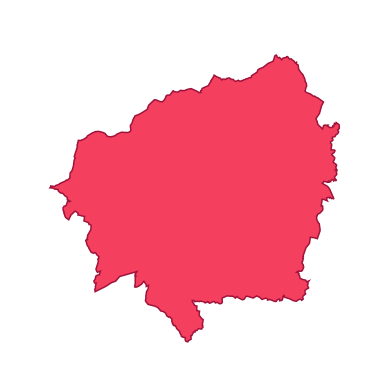 Acatic, Jalisco, Mexico, rotated 9°
{"feature_id": "50627088B27776159649356", "entity_name": "Acatic", "entity_type": "district", "adm_level": 2, "iso_a3": "MEX", "parent_name": "Mexico", "parent_adm1": "Jalisco", "projection": "natural_earth1", "projection_center": [-102.897, 20.769], "detail": "fine", "context": "isolated", "style": "filled", "palette": "rose", "viewbox_px": 384, "rotation_deg": 9, "n_neighbors": 0, "source": "geoboundaries", "source_scale": "gbopen_adm2", "svg_char_len": 6001}
<svg xmlns="http://www.w3.org/2000/svg" viewBox="0 0 384 384"><g transform="rotate(9 192 192)"><path d="M211.2,340.7L212.1,339.1L214.2,337.5L213.3,334.2L214.2,334.0L215.4,330.3L217.0,329.7L216.8,328.3L218.6,328.0L219.8,325.9L222.9,325.9L223.3,324.7L223.9,324.1L223.5,322.1L223.0,322.0L223.0,316.3L221.5,315.6L218.2,312.5L218.1,308.5L215.5,308.5L214.8,305.7L214.7,303.9L212.6,303.7L209.7,300.4L209.2,299.2L210.9,298.8L211.7,299.9L214.9,299.0L216.3,299.1L217.7,298.5L220.9,298.6L221.8,299.3L222.7,299.4L224.7,297.7L225.3,297.9L225.3,298.5L226.9,299.1L230.4,296.8L231.3,296.7L232.4,297.9L234.1,297.1L236.9,298.1L238.6,297.4L239.2,296.3L238.3,292.1L242.7,289.2L249.0,288.6L251.5,290.0L251.9,289.5L252.2,288.4L252.7,288.2L254.2,289.2L258.7,290.6L260.3,289.8L261.5,287.0L262.3,286.3L269.1,287.1L272.1,284.5L275.7,285.6L277.9,287.2L281.4,285.3L283.5,285.9L283.6,286.9L285.9,286.0L291.3,287.2L292.5,286.7L292.8,285.4L294.9,284.0L295.5,284.3L295.6,285.7L297.7,285.0L298.2,283.8L298.2,280.8L299.0,279.8L299.7,281.4L305.2,282.2L309.2,283.5L312.1,283.6L314.5,281.3L316.2,281.0L317.3,281.8L318.6,280.3L317.8,278.7L317.9,277.5L320.2,274.8L319.4,274.1L319.0,271.7L320.2,270.1L322.1,268.8L322.1,268.3L320.6,266.2L321.0,264.3L320.6,263.0L321.4,261.5L319.3,262.8L318.1,261.3L314.7,261.1L312.2,260.3L311.2,257.6L310.1,256.9L310.4,255.6L309.1,254.8L308.0,254.9L309.1,253.6L312.5,253.1L313.3,252.2L314.1,248.7L313.2,246.5L311.7,245.0L312.3,241.6L311.9,240.4L312.3,240.2L311.7,238.6L312.1,238.3L311.8,237.3L313.3,229.1L315.1,226.2L316.1,223.8L315.9,218.3L319.9,218.0L323.1,218.5L324.5,210.6L324.4,209.1L322.6,203.3L321.9,203.0L319.5,199.6L318.8,196.4L319.4,196.0L319.5,194.5L321.7,192.8L323.8,189.7L323.9,188.2L323.1,185.3L321.8,185.6L321.7,178.8L323.4,178.7L327.1,179.6L326.2,178.3L325.9,176.7L328.4,175.8L328.9,176.4L329.6,175.8L330.8,176.7L332.0,176.3L332.9,176.5L333.0,176.2L327.4,167.5L325.1,165.3L319.3,163.0L320.9,160.7L322.0,161.0L324.0,160.8L324.1,161.3L325.8,160.9L325.6,159.8L327.3,160.2L327.5,158.7L328.6,157.8L329.3,157.7L330.1,159.0L331.1,158.1L332.3,158.3L332.7,157.7L330.6,155.8L330.6,154.5L332.2,152.1L332.0,150.9L331.1,149.1L331.8,148.5L331.8,147.5L330.6,147.5L331.1,147.2L330.0,144.5L330.7,143.7L330.7,143.1L330.1,142.2L327.0,140.7L326.8,140.0L327.6,137.5L327.6,135.8L324.2,133.2L324.8,132.1L326.2,130.9L326.8,128.8L326.3,128.3L322.7,128.5L322.6,123.6L322.4,122.8L321.5,122.4L320.9,121.0L323.0,119.0L322.9,117.8L321.9,116.8L322.0,116.0L324.6,114.9L325.2,113.0L326.7,111.7L327.2,110.6L327.4,109.5L326.1,108.0L327.5,106.3L327.3,104.4L326.7,102.5L323.5,100.8L323.2,102.5L321.9,101.9L321.8,104.6L321.1,104.4L320.7,104.8L320.9,106.1L318.3,106.8L315.5,105.7L316.0,104.7L312.2,105.3L311.7,105.7L311.0,109.2L305.7,105.6L304.6,102.8L302.9,100.3L305.6,94.5L306.5,86.5L307.8,82.6L301.4,79.3L299.8,79.0L298.1,78.1L297.2,78.5L293.5,76.6L289.5,75.9L287.9,74.7L288.2,70.9L288.7,69.3L287.8,66.6L286.8,65.6L285.6,62.5L283.1,58.7L280.7,56.8L278.2,54.1L276.9,49.9L275.3,49.4L274.9,47.5L273.9,48.4L271.8,46.4L270.5,46.0L269.3,45.0L267.4,45.4L265.2,43.3L264.2,43.6L263.9,44.4L260.9,45.5L259.9,47.4L257.4,45.4L256.4,46.0L255.3,45.5L254.0,43.6L252.8,44.1L252.3,45.5L252.2,47.6L251.5,50.4L247.1,53.0L242.9,57.6L239.0,60.0L237.9,61.2L237.5,63.5L232.6,67.8L232.5,69.6L229.9,70.6L228.7,71.6L227.6,71.8L226.8,72.6L225.2,73.3L224.6,74.2L223.8,74.1L222.2,75.2L220.3,74.4L217.8,75.9L216.4,75.5L215.2,74.3L213.7,74.7L211.0,73.5L208.5,74.4L207.5,75.7L207.0,75.4L204.8,75.6L204.0,76.7L202.2,75.2L198.3,74.3L195.6,73.1L194.8,75.9L193.2,79.3L193.5,79.6L192.5,81.5L191.5,84.4L185.8,88.1L185.6,89.9L184.8,90.5L185.2,92.4L183.8,92.3L183.4,92.8L181.2,91.7L175.0,90.0L171.5,91.3L168.4,93.2L164.7,93.4L162.4,95.6L159.2,95.7L157.5,95.0L154.9,99.8L152.6,100.1L151.6,100.8L150.5,105.0L148.6,107.6L145.8,107.6L142.3,106.7L140.4,106.8L136.0,112.5L135.3,114.4L135.0,117.0L134.2,118.0L128.3,123.1L123.8,125.8L122.5,129.5L121.9,133.6L120.8,135.6L120.9,137.2L121.9,139.9L121.7,141.7L119.5,143.3L112.9,144.0L108.8,146.6L106.7,148.8L102.8,150.3L99.6,150.2L97.0,147.8L94.6,147.1L90.3,146.7L87.3,147.4L83.7,149.7L79.9,153.0L79.5,154.3L77.2,156.6L73.5,158.7L71.7,158.7L71.2,164.3L71.7,165.3L70.2,175.1L70.2,175.7L71.3,176.3L70.6,179.2L70.8,185.1L70.1,189.8L68.7,192.1L69.1,197.3L67.0,199.9L66.0,199.9L64.8,201.3L59.8,204.5L59.4,205.4L56.5,206.8L55.4,208.1L51.6,208.1L51.7,208.8L51.0,210.1L53.0,210.0L53.3,209.7L56.1,210.6L59.3,210.4L59.6,211.7L62.1,213.5L64.5,213.5L67.2,215.7L69.1,216.5L69.7,217.1L70.0,219.0L70.6,219.1L70.6,219.5L73.2,220.2L72.6,220.7L70.6,220.4L69.9,224.5L69.2,225.7L68.0,225.9L67.1,227.8L67.6,230.1L68.4,231.7L68.9,231.9L68.9,233.3L69.3,233.5L70.4,235.9L71.7,237.3L74.6,238.7L76.1,233.6L79.6,229.1L83.0,230.8L82.9,232.5L89.7,233.0L89.8,237.5L94.4,238.4L95.5,240.3L96.3,240.0L97.5,240.5L98.0,245.0L95.6,251.3L96.0,252.0L95.5,254.0L96.3,254.8L96.2,255.5L95.1,255.7L94.6,256.4L97.0,261.3L98.5,262.7L98.8,263.5L101.8,267.3L104.4,267.9L105.8,267.0L106.3,267.1L108.1,269.2L110.2,270.4L110.1,272.3L109.7,272.4L109.5,273.0L110.4,275.3L109.2,283.2L110.4,285.4L111.2,286.1L113.9,284.5L113.4,288.1L111.1,289.2L110.2,290.1L110.0,293.5L109.0,295.1L109.8,296.9L110.7,297.3L111.5,296.9L111.4,300.9L111.8,302.4L111.2,303.2L111.9,305.6L121.6,298.7L126.7,294.1L130.6,292.0L133.7,286.8L149.9,279.3L149.3,280.4L149.4,281.0L148.7,281.8L149.0,282.5L148.7,282.9L148.8,284.0L149.9,284.0L149.3,285.3L150.2,290.9L150.2,294.7L151.5,294.8L153.8,293.6L156.5,291.0L158.4,287.7L161.4,290.8L161.6,292.5L163.7,291.1L163.8,294.8L162.7,297.3L162.7,301.9L163.2,305.0L162.9,306.1L163.4,307.3L166.2,309.9L173.6,310.6L176.4,311.5L179.8,314.4L182.4,314.6L184.4,315.5L186.1,317.4L186.2,318.1L188.5,319.3L189.7,318.8L190.4,319.7L191.9,320.3L192.3,322.9L193.3,324.8L193.8,324.8L193.9,325.9L194.5,326.6L195.8,326.8L196.1,326.0L196.2,327.0L197.2,327.4L198.1,329.2L201.5,331.7L202.1,333.1L203.8,335.2L204.0,336.1L204.5,336.5L205.4,336.4L205.9,336.9L207.9,336.8L208.4,337.1L208.2,338.3L208.4,339.1L209.3,340.4L211.2,340.7Z" fill="#f43f5e" stroke="#9f1239" stroke-width="1.5"/></g></svg>